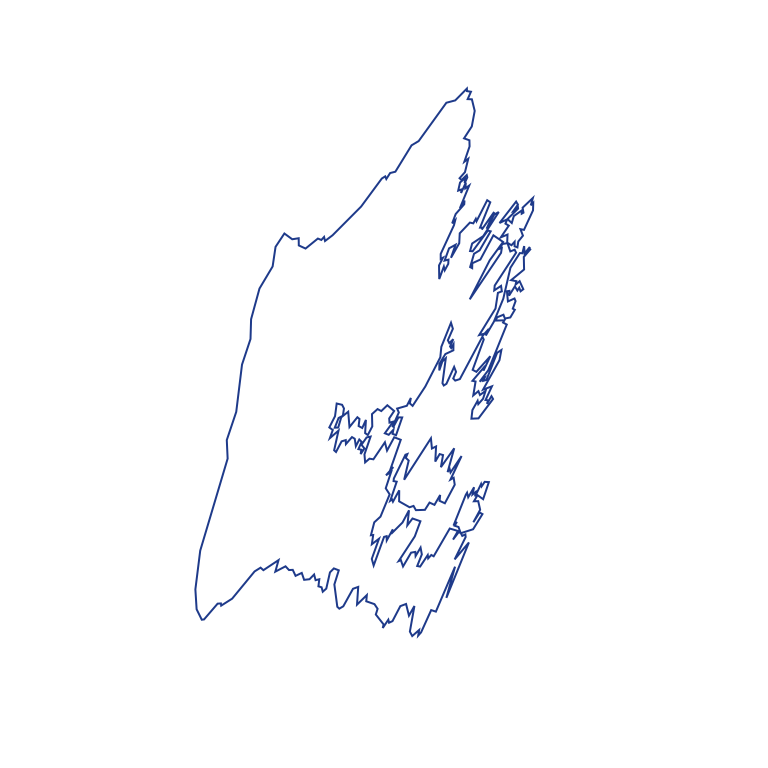 outline of Averøy nor, Møre og Romsdal, Norway, rotated 121°
{"feature_id": "86288312B65221364882540", "entity_name": "Averøy nor", "entity_type": "district", "adm_level": 2, "iso_a3": "NOR", "parent_name": "Norway", "parent_adm1": "Møre og Romsdal", "projection": "equal_earth", "projection_center": [7.535, 63.027], "detail": "fine", "context": "isolated", "style": "outline", "palette": "blue", "viewbox_px": 768, "rotation_deg": 121, "n_neighbors": 0, "source": "geoboundaries", "source_scale": "gbopen_adm2", "svg_char_len": 6151}
<svg xmlns="http://www.w3.org/2000/svg" viewBox="0 0 768 768"><g transform="rotate(121 384 384)"><path d="M535.2,220.4L476.1,229.6L498.0,233.1L473.1,235.2L471.0,236.8L473.9,238.7L472.3,241.3L462.6,232.8L444.8,232.6L444.9,235.9L456.5,236.2L442.3,236.8L435.9,242.9L438.2,246.5L431.1,246.6L431.7,239.7L414.1,243.6L416.0,247.3L421.4,247.6L419.7,249.3L433.4,248.0L429.5,249.9L433.1,251.2L426.1,253.6L437.7,253.5L434.4,256.8L436.9,256.8L469.5,251.5L464.6,250.5L469.1,250.4L468.2,246.5L472.3,241.5L472.4,243.7L481.8,244.7L471.9,244.9L474.0,253.2L506.1,252.7L506.2,255.4L510.7,256.3L508.1,258.4L521.9,259.0L522.9,261.8L510.6,263.8L505.4,268.4L515.2,268.3L511.8,270.7L514.6,273.9L530.6,273.7L526.3,278.8L528.2,280.2L498.8,279.1L482.9,282.1L484.6,290.3L493.1,291.2L479.4,297.5L493.2,296.8L508.8,300.7L504.0,301.6L516.6,301.1L513.1,303.4L515.0,305.2L544.9,299.4L540.2,304.4L519.2,308.6L527.6,311.9L519.0,315.5L520.4,317.3L507.6,321.1L499.5,318.7L475.7,322.3L472.5,328.8L455.7,332.6L461.2,335.3L450.4,333.2L454.1,334.5L423.2,340.9L424.4,347.8L439.5,347.1L433.5,353.2L454.0,354.3L455.5,358.0L460.9,359.8L454.4,364.5L436.0,368.4L438.8,371.4L447.7,372.0L449.3,367.6L456.1,367.9L452.0,369.6L453.0,372.4L445.1,373.4L444.3,376.6L451.8,376.1L446.0,380.9L446.0,384.1L455.1,385.7L451.8,387.9L455.0,390.8L467.0,390.1L466.5,392.6L447.4,399.0L458.3,402.5L449.8,404.2L449.4,408.5L436.8,409.4L425.1,414.5L423.4,409.2L425.6,405.7L432.4,402.9L436.5,405.4L446.8,403.7L444.9,400.8L434.6,403.5L426.2,400.4L438.7,391.4L426.2,389.7L426.6,387.0L433.1,384.1L432.9,380.0L424.1,381.0L435.8,374.9L436.1,371.6L426.4,372.2L416.0,378.8L408.8,376.6L408.6,372.4L400.5,370.2L401.9,361.4L410.8,361.8L414.3,359.4L411.5,356.7L425.8,357.9L425.1,353.8L418.4,352.4L422.3,351.0L421.7,347.3L403.3,351.2L405.2,354.4L415.8,353.9L415.8,354.8L400.8,356.6L398.3,360.1L390.9,353.2L382.1,353.8L387.3,351.9L388.0,348.2L364.9,347.3L332.1,349.5L322.6,354.0L297.0,358.1L301.2,353.4L313.6,351.8L315.3,349.1L309.9,347.7L317.8,346.7L318.6,344.9L314.2,344.9L319.4,341.9L326.7,346.8L338.2,346.9L343.9,343.6L334.6,345.6L330.1,344.3L353.2,334.3L354.5,332.0L351.7,330.6L333.2,332.7L336.5,328.5L343.6,327.5L344.4,324.7L340.7,321.5L292.8,324.0L294.5,321.4L326.2,315.3L326.0,311.1L305.4,307.2L321.3,305.6L318.7,307.0L335.7,309.8L334.7,306.8L347.8,301.6L341.5,299.4L344.0,296.1L337.6,293.4L345.6,291.5L352.7,292.8L350.2,295.1L360.8,294.8L368.7,291.2L364.8,285.3L340.7,282.8L339.1,285.6L348.0,285.5L344.4,286.4L345.4,288.7L330.4,290.3L337.8,296.2L304.1,297.3L294.4,300.9L299.0,303.1L327.8,298.3L330.0,300.4L326.9,300.9L332.7,303.2L318.5,301.7L269.8,309.4L270.0,313.6L267.4,313.6L272.1,320.9L268.6,321.4L263.1,317.3L265.6,314.1L261.9,310.0L253.0,310.1L253.1,312.4L245.2,313.9L243.5,316.2L249.4,320.3L241.2,326.4L239.6,324.5L243.9,322.3L232.9,322.1L235.2,317.8L231.8,317.7L234.2,314.7L231.0,313.4L226.0,320.7L231.0,322.4L227.7,323.5L229.5,328.5L213.7,322.9L203.1,329.6L192.5,327.8L194.1,328.8L191.5,329.6L199.7,330.7L193.6,334.9L200.7,332.7L201.8,335.0L219.2,335.5L249.4,325.7L274.1,321.9L290.0,321.7L285.7,323.1L292.4,324.4L290.2,324.9L293.0,327.6L261.9,327.3L247.2,333.3L243.9,330.7L239.6,334.2L247.0,337.7L242.6,339.8L203.4,338.4L201.6,341.2L205.3,344.0L199.7,350.7L203.0,354.6L208.7,354.7L206.7,353.1L211.3,351.2L267.3,354.1L223.5,357.1L200.9,355.1L200.2,366.8L227.7,365.5L235.0,370.5L239.3,368.1L239.4,370.4L226.0,373.9L220.2,370.9L198.2,371.2L199.0,374.0L224.6,376.4L225.7,378.7L218.2,380.8L206.1,375.1L177.5,374.2L181.9,376.8L198.1,376.0L179.8,378.2L201.3,379.7L199.2,379.9L200.5,382.2L173.5,386.5L173.3,390.2L196.8,388.5L195.1,390.4L200.3,390.2L201.4,393.5L215.8,396.7L224.6,392.0L241.3,391.6L227.8,394.4L234.2,398.1L247.0,395.6L244.2,392.8L247.9,390.8L255.2,390.5L252.5,393.2L265.6,390.7L254.0,397.9L245.4,398.5L247.6,399.8L243.3,402.4L211.9,405.8L206.9,407.3L211.2,408.3L201.4,410.1L188.6,407.8L185.3,409.5L194.2,409.5L170.0,413.2L174.4,415.0L169.2,417.6L180.6,416.3L177.2,417.7L180.0,420.0L172.1,422.6L165.8,420.6L170.2,418.3L164.0,419.0L162.3,420.7L169.2,422.6L168.7,425.2L160.7,423.7L147.5,427.8L152.1,429.6L136.3,433.0L131.1,436.3L132.2,441.9L118.0,441.4L103.2,446.9L94.7,455.3L96.7,459.0L88.7,460.0L90.2,463.7L88.1,465.1L104.2,469.0L110.8,475.4L157.9,479.4L165.2,483.3L196.2,483.6L200.0,487.4L207.1,487.6L205.4,489.9L209.0,491.7L243.7,495.0L283.0,504.7L291.8,508.2L288.8,511.1L292.8,511.9L293.4,515.6L308.3,521.0L309.1,528.4L303.0,532.2L307.2,537.2L306.3,546.9L322.3,547.6L340.6,540.0L366.3,539.9L396.9,531.3L414.2,521.6L440.5,515.7L484.0,496.3L513.0,489.9L528.5,479.6L621.5,455.7L657.2,439.9L673.6,428.6L679.9,418.8L678.5,417.0L658.0,413.5L656.1,410.8L657.8,409.4L646.2,403.6L611.3,398.4L605.0,395.2L605.7,391.5L589.3,383.7L600.8,380.5L591.0,374.5L592.4,369.6L590.3,366.5L594.0,361.0L588.3,357.2L593.0,351.6L589.7,347.3L583.3,345.8L587.4,341.6L584.7,338.9L591.2,336.0L590.4,332.8L593.6,329.5L589.1,328.1L573.3,333.3L567.9,332.0L567.0,326.8L581.4,323.3L599.0,309.3L599.6,306.6L595.5,304.4L575.5,305.1L571.2,301.6L587.0,293.5L573.8,290.0L579.4,287.3L577.6,278.8L580.0,273.7L585.8,272.3L590.3,260.5L593.8,259.4L583.8,258.9L586.0,256.7L582.9,254.6L566.0,255.6L561.2,251.8L569.7,243.3L558.6,243.6L582.9,234.3L585.5,230.0L576.8,227.2L582.0,225.1L577.7,224.3L553.5,227.1L552.4,222.3L504.0,229.0L535.2,220.4ZM454.9,270.4L433.9,271.5L428.5,276.0L431.7,277.8L405.8,280.4L425.6,281.4L422.7,284.3L426.8,284.1L402.9,290.7L426.0,292.4L414.5,296.8L415.4,300.2L424.1,300.1L410.7,307.2L414.6,309.7L406.4,315.8L455.7,317.4L436.9,323.4L436.1,327.3L432.0,327.9L433.6,329.2L459.9,326.9L462.3,325.8L461.2,322.8L480.8,318.5L478.8,317.7L480.3,315.7L467.3,316.2L476.8,310.6L476.5,298.6L473.3,295.9L475.7,291.7L470.8,284.1L462.2,283.9L461.6,278.5L450.2,278.7L455.5,276.2L454.9,270.4ZM192.7,342.3L185.3,341.3L181.0,346.8L179.8,343.4L158.4,345.7L151.8,349.4L155.2,350.2L147.9,352.2L161.5,356.0L165.3,352.7L167.1,353.7L164.5,355.4L173.2,359.2L180.2,357.4L179.0,363.1L164.6,359.4L162.8,360.8L167.6,360.5L169.4,362.2L161.3,361.6L159.6,364.7L186.5,367.9L179.4,363.2L184.0,362.5L184.0,358.6L198.1,359.4L192.3,355.1L199.4,351.2L199.4,346.2L194.8,345.3L198.7,343.0L198.2,340.0L192.7,342.3Z" fill="none" stroke="#1e3a8a" stroke-width="2"/></g></svg>